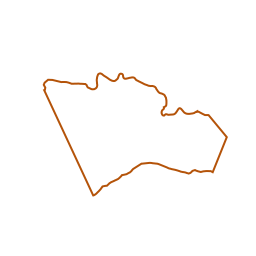 outline of Le Riche, Choiseul, Saint Lucia, rotated 230°
{"feature_id": "8701671B41472866915589", "entity_name": "Le Riche", "entity_type": "district", "adm_level": 2, "iso_a3": "LCA", "parent_name": "Saint Lucia", "parent_adm1": "Choiseul", "projection": "orthographic", "projection_center": [-61.048, 13.784], "detail": "fine", "context": "isolated", "style": "outline", "palette": "amber", "viewbox_px": 256, "rotation_deg": 230, "n_neighbors": 0, "source": "geoboundaries", "source_scale": "gbopen_adm2", "svg_char_len": 5550}
<svg xmlns="http://www.w3.org/2000/svg" viewBox="0 0 256 256"><g transform="rotate(230 128 128)"><path d="M187.5,123.9L189.1,123.6L189.7,122.9L190.6,122.0L191.0,121.6L192.9,119.5L193.7,118.8L195.1,117.0L198.2,113.2L198.8,112.9L201.0,111.6L202.4,110.6L202.8,110.3L203.9,109.1L206.2,106.3L213.4,101.0L216.3,97.8L216.3,93.3L216.0,92.7L215.2,91.2L212.1,90.6L210.6,88.8L210.7,88.3L210.8,88.1L98.7,58.0L98.5,58.3L98.3,59.1L98.2,59.6L98.2,60.2L98.1,60.5L98.1,61.1L98.1,61.5L98.1,62.0L98.2,62.6L98.3,63.5L98.3,63.8L98.3,64.5L98.4,65.0L98.4,65.3L98.5,66.0L98.6,66.7L98.7,67.5L98.8,68.0L98.9,68.3L99.1,68.8L99.1,69.0L99.2,69.6L99.3,70.0L99.5,70.4L99.6,70.9L98.4,73.2L97.3,74.8L97.4,75.8L97.4,76.5L97.5,77.1L97.5,77.7L97.6,78.1L97.5,78.8L97.4,79.4L97.4,79.8L97.3,80.4L97.2,80.7L97.1,81.0L97.0,81.3L96.9,81.7L96.7,82.3L96.6,82.8L96.4,83.4L96.3,83.9L96.2,84.4L96.1,84.7L96.0,84.9L95.9,85.4L95.8,85.7L95.8,85.9L95.7,86.2L95.6,86.4L95.5,86.7L95.5,87.0L95.3,87.6L95.3,88.0L95.3,88.5L95.3,89.1L95.3,89.7L95.4,90.3L95.4,90.7L95.4,91.0L95.5,91.7L95.5,92.0L95.6,92.3L95.8,93.0L94.8,94.8L93.6,97.1L93.5,97.5L93.4,98.1L93.3,98.7L93.2,99.3L93.0,100.1L92.8,100.8L92.8,101.1L92.8,101.7L92.8,101.9L92.8,102.1L92.8,102.5L92.8,102.9L92.9,103.1L93.0,103.7L93.1,104.0L93.2,104.5L93.2,105.1L93.3,105.4L93.3,105.6L92.0,115.4L91.8,115.6L91.6,115.9L87.5,122.0L87.0,122.6L86.6,123.0L86.1,123.5L85.0,124.4L84.1,125.3L82.4,126.9L82.1,127.3L81.9,127.4L81.5,127.7L81.3,127.9L80.9,128.1L80.6,128.3L72.9,132.4L71.8,132.9L71.3,133.1L70.9,133.3L70.5,133.6L70.2,133.8L69.9,134.0L69.6,134.3L68.6,134.9L65.7,137.2L65.1,137.6L63.8,138.5L61.4,140.0L60.6,140.4L59.9,141.0L59.1,141.6L58.5,142.2L58.1,142.5L57.8,142.8L57.3,143.2L57.0,143.4L56.8,143.5L56.5,143.7L56.2,143.9L55.7,144.1L55.1,144.6L54.6,144.9L54.1,145.2L53.5,146.9L53.5,148.0L53.6,148.9L53.7,149.8L53.4,150.6L53.1,151.3L52.7,152.3L51.7,152.7L50.2,153.6L49.7,153.9L47.5,155.5L46.4,157.8L44.9,160.0L43.3,161.9L41.7,163.7L39.7,164.5L57.5,197.8L86.1,198.0L88.4,195.3L90.9,194.2L95.4,192.4L96.3,190.7L96.5,191.0L96.9,189.0L96.9,188.8L96.9,188.5L97.1,188.0L97.7,186.7L98.0,186.3L99.1,184.5L99.7,183.7L100.1,183.2L100.5,182.9L100.9,182.4L101.2,182.2L101.8,181.8L102.3,181.5L102.6,181.4L103.2,181.2L103.4,181.1L104.2,181.0L105.4,181.0L105.8,181.0L106.6,181.0L107.0,181.0L107.5,181.0L108.3,181.0L108.5,180.9L109.2,180.8L109.7,180.5L110.1,180.1L110.2,179.5L110.2,179.2L110.1,178.9L110.1,178.4L109.9,178.0L109.8,177.6L109.6,177.0L109.4,176.4L109.3,176.0L109.1,175.3L109.0,174.7L108.9,174.5L108.8,174.0L108.8,173.4L108.8,172.8L108.9,172.3L109.1,171.8L109.4,171.2L109.7,170.8L110.2,170.1L110.8,169.3L111.5,168.3L112.0,167.6L112.4,167.2L112.8,167.0L113.2,166.7L113.7,166.4L113.8,166.3L114.1,166.0L114.3,165.7L114.4,164.8L114.4,164.3L114.3,164.0L114.3,163.7L114.5,163.4L114.8,163.2L115.2,162.9L115.6,162.8L115.9,162.8L116.1,162.8L116.4,162.8L116.7,162.9L117.2,163.1L117.6,163.2L117.9,163.5L118.2,163.6L118.5,163.9L118.8,164.2L119.0,164.5L119.3,165.0L119.5,165.4L119.6,165.8L119.6,166.3L119.6,167.3L119.7,167.7L120.0,168.2L120.3,168.5L120.7,168.7L120.9,168.8L120.8,169.1L120.6,170.2L120.5,170.7L120.5,171.0L120.6,171.3L120.7,171.5L120.8,171.8L120.9,172.0L121.5,172.6L122.4,173.5L122.9,173.9L123.4,174.3L123.7,174.6L124.1,174.9L124.5,175.2L124.8,175.3L125.0,175.5L125.3,175.7L125.6,175.8L126.4,176.3L126.7,176.5L127.0,176.6L127.3,176.6L127.6,176.7L128.0,176.7L128.4,176.8L128.7,176.9L129.1,177.0L129.5,177.1L129.9,177.0L130.0,177.0L130.4,177.0L130.7,176.9L131.1,176.7L132.1,176.3L132.8,175.9L133.4,175.5L133.9,175.1L134.6,174.7L135.1,174.6L135.5,174.6L136.0,174.5L136.5,174.5L136.9,174.5L138.6,174.7L139.1,174.7L139.8,174.8L140.2,175.0L140.8,175.1L141.2,175.1L142.0,175.1L142.5,174.9L142.8,174.8L143.1,174.7L143.5,174.4L144.3,173.9L144.7,173.4L145.0,173.1L145.4,172.5L146.0,171.9L146.3,171.7L146.8,171.2L147.0,171.0L147.4,170.8L147.7,170.6L148.2,170.4L148.7,170.1L149.2,169.8L150.2,169.2L150.9,168.8L152.6,168.1L153.6,167.7L154.4,167.3L155.2,167.0L156.4,166.4L157.0,166.2L157.7,165.9L158.2,165.7L158.8,165.4L159.4,165.2L159.7,165.1L160.0,165.1L160.5,165.1L161.0,165.2L161.7,165.2L162.3,165.1L162.6,165.0L162.9,164.8L163.4,164.5L163.6,164.3L163.7,164.1L164.1,163.7L164.3,163.4L164.5,163.0L164.9,162.3L165.5,161.3L165.9,160.4L166.3,159.5L166.5,159.3L166.8,158.6L167.2,157.9L167.6,157.5L167.7,157.4L168.0,157.1L168.3,157.0L168.6,156.9L168.8,156.9L169.1,156.9L169.4,156.9L169.5,156.9L169.7,157.0L170.0,157.1L170.3,157.2L170.5,157.3L170.7,157.5L171.2,157.8L171.7,158.1L172.0,158.2L172.4,158.3L172.8,158.3L173.2,158.2L173.8,157.8L174.3,157.3L174.5,157.0L174.6,156.4L174.5,155.6L174.3,155.2L174.0,154.7L173.7,154.0L173.3,153.4L173.0,152.9L172.7,152.3L172.5,152.0L172.5,151.8L172.4,151.1L172.4,150.1L172.4,149.5L172.4,148.9L172.5,148.4L172.7,147.9L173.0,147.4L173.8,146.7L174.4,146.2L175.7,145.6L176.9,145.1L178.6,144.7L180.8,144.1L183.5,143.2L184.9,142.9L186.0,142.7L186.4,142.6L186.9,142.3L187.5,142.0L187.8,141.6L188.1,141.1L188.2,140.6L188.3,140.1L188.3,139.6L188.1,139.2L187.8,138.7L187.5,138.1L187.1,137.5L186.7,136.9L186.3,136.5L185.9,136.1L185.5,135.5L185.0,135.1L184.6,134.7L182.4,133.2L182.1,132.9L181.5,132.6L180.6,132.0L180.3,131.7L180.0,131.3L179.7,130.9L179.5,130.6L179.3,130.2L179.2,129.8L179.1,129.1L179.1,128.8L179.2,128.4L179.2,128.1L179.3,127.6L179.4,127.4L179.5,127.0L179.7,126.7L179.9,126.5L180.1,126.2L180.3,125.9L180.6,125.6L180.8,125.4L181.4,124.9L181.7,124.8L182.1,124.6L182.4,124.5L182.8,124.3L183.1,124.1L183.4,124.0L184.9,123.3L185.3,123.3L186.3,123.5L187.0,123.7L187.5,123.9Z" fill="none" stroke="#b45309" stroke-width="2"/></g></svg>